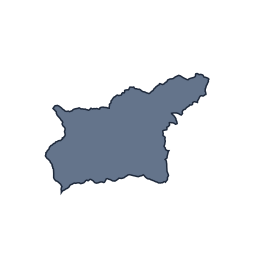 outline of Lingzhi, Thimphu, Bhutan, rotated 228°
{"feature_id": "84629894B27287561268619", "entity_name": "Lingzhi", "entity_type": "district", "adm_level": 2, "iso_a3": "BTN", "parent_name": "Bhutan", "parent_adm1": "Thimphu", "projection": "orthographic", "projection_center": [89.464, 27.839], "detail": "fine", "context": "isolated", "style": "filled", "palette": "slate", "viewbox_px": 256, "rotation_deg": 228, "n_neighbors": 0, "source": "geoboundaries", "source_scale": "gbopen_adm2", "svg_char_len": 5886}
<svg xmlns="http://www.w3.org/2000/svg" viewBox="0 0 256 256"><g transform="rotate(228 128 128)"><path d="M166.3,56.9L165.2,55.1L165.1,52.8L164.5,51.5L164.6,50.5L164.1,50.3L163.7,49.5L163.4,49.3L163.1,49.0L162.6,48.0L161.8,47.7L161.2,47.8L160.5,47.6L159.5,47.5L158.4,47.8L156.0,47.9L155.1,47.8L154.7,47.4L152.6,47.3L151.1,47.0L150.9,46.7L150.8,46.3L150.7,46.2L149.8,46.2L148.4,45.2L147.8,45.4L146.8,44.7L144.1,42.5L140.8,39.5L139.1,39.0L137.0,39.0L136.8,39.3L135.1,39.9L131.6,40.3L131.2,40.3L130.9,40.2L128.5,39.6L128.5,39.0L127.3,37.3L126.0,36.5L124.6,35.2L124.8,35.9L125.1,37.4L124.4,39.5L124.4,40.8L124.2,41.4L123.9,42.0L123.6,44.1L123.8,45.3L124.2,46.0L124.3,46.8L124.1,47.8L123.6,48.8L123.5,49.8L123.0,51.3L122.0,52.0L121.0,53.8L119.8,55.2L118.6,55.4L118.1,56.0L117.8,56.5L116.9,58.5L117.0,60.5L117.2,61.3L116.8,62.6L115.7,62.9L115.3,63.4L115.4,64.8L115.2,65.5L114.2,66.2L113.1,66.4L112.0,66.8L109.9,66.7L109.2,67.0L108.2,67.6L107.2,69.1L107.1,69.6L106.6,70.6L106.5,71.1L105.3,72.7L104.3,73.1L103.7,73.5L103.5,74.0L103.5,74.4L104.1,76.3L104.7,77.7L104.3,78.7L102.3,79.7L101.6,80.3L99.1,81.1L98.5,81.6L97.7,82.6L97.3,82.7L96.9,84.6L96.8,85.8L96.7,86.6L96.8,87.6L94.8,89.5L93.7,91.8L93.6,93.4L93.2,95.3L93.2,96.3L92.5,97.7L91.5,98.5L89.8,99.6L89.0,100.1L88.4,100.6L87.3,101.4L86.3,102.0L84.9,103.1L84.1,105.1L83.5,106.0L83.2,106.9L83.0,108.0L82.0,108.2L79.7,108.1L77.5,108.5L76.7,108.9L75.6,110.0L74.6,110.2L72.8,111.2L72.2,111.4L71.5,111.9L69.7,112.5L68.9,113.1L67.8,113.6L66.8,113.9L65.3,115.5L64.9,116.3L64.2,117.1L64.0,118.9L63.1,119.6L62.7,119.6L63.0,121.1L63.2,122.6L63.4,122.9L64.9,124.3L65.5,126.2L66.5,126.8L67.6,127.2L69.7,128.0L73.2,130.8L75.5,132.8L76.2,133.2L77.7,134.3L78.7,134.6L79.8,134.5L79.8,135.5L79.6,136.4L79.7,137.0L80.1,137.5L80.6,137.9L83.4,142.0L83.8,143.2L84.7,142.2L85.4,141.9L86.4,141.6L87.2,141.7L87.6,141.9L88.1,142.3L89.7,142.4L90.4,142.6L91.3,144.4L91.7,144.9L92.4,145.6L92.9,146.5L93.7,147.2L95.3,148.0L95.4,148.4L96.0,149.2L96.5,149.4L97.3,149.3L98.7,149.0L99.3,149.2L100.0,150.1L100.5,150.6L101.8,151.2L102.6,152.0L102.5,152.5L102.3,153.1L100.8,155.6L100.9,155.9L101.5,156.6L102.6,157.3L102.1,159.0L102.4,160.9L102.6,161.1L103.5,161.6L104.3,162.2L104.3,162.4L102.2,164.5L101.2,165.2L100.1,165.6L99.0,165.8L98.4,167.2L98.4,167.5L100.2,168.6L101.2,168.9L101.8,169.0L102.1,169.3L103.1,169.9L105.9,170.3L108.2,170.1L109.5,170.0L109.8,170.2L108.4,172.3L106.7,174.1L104.9,175.2L103.4,175.6L102.7,175.9L102.0,176.3L102.1,177.4L102.3,178.2L102.5,178.4L103.2,178.7L103.9,179.3L104.3,180.5L104.3,181.1L104.3,181.7L104.1,182.3L103.7,182.8L103.7,183.3L104.0,185.2L103.5,188.4L103.8,188.9L103.9,189.2L102.9,190.2L102.4,191.3L102.5,191.9L103.5,192.9L103.6,193.2L103.4,194.2L103.1,195.0L101.7,195.9L101.4,196.3L101.0,196.4L100.5,196.7L100.7,197.0L101.4,197.5L101.8,198.4L102.2,199.8L103.0,201.6L103.3,202.6L103.3,203.4L102.7,204.4L101.7,205.0L101.4,205.4L101.1,207.8L100.8,208.3L100.9,208.5L101.3,208.8L103.0,209.8L103.6,209.8L105.6,211.9L105.7,212.5L107.0,214.4L107.3,215.3L107.3,215.6L108.2,217.4L108.7,218.8L109.8,219.6L110.2,220.8L111.1,220.8L112.1,220.4L113.9,219.5L114.9,218.6L115.8,218.7L116.3,218.9L117.3,219.0L117.8,218.8L118.7,218.3L119.5,217.6L120.1,216.5L120.8,216.4L122.1,215.9L122.6,215.3L122.9,214.6L122.7,214.1L122.4,214.0L121.3,212.6L121.3,211.6L121.6,210.6L122.9,208.1L123.7,206.3L123.6,205.0L124.4,204.3L128.4,202.7L131.7,201.8L133.2,200.9L134.1,198.0L134.4,196.8L134.5,194.7L135.5,193.0L136.3,192.1L137.1,189.7L137.0,189.2L136.8,188.9L136.4,187.7L136.5,187.0L136.8,186.6L136.8,186.3L136.7,184.1L136.9,183.6L137.1,182.9L138.1,182.2L139.4,181.6L139.8,181.2L139.8,180.9L139.3,180.1L139.3,179.9L139.7,178.7L139.6,178.0L139.8,177.4L139.9,176.2L139.6,175.3L139.8,174.2L139.6,173.1L139.2,172.2L139.1,171.4L139.4,170.1L139.3,167.1L139.7,166.5L141.0,165.8L141.7,165.3L143.5,164.6L145.1,163.4L147.1,162.8L147.7,162.9L149.2,162.4L149.8,161.6L151.0,160.8L151.6,160.5L152.1,159.9L152.6,159.6L153.3,159.4L154.6,159.7L155.3,158.5L155.6,158.3L157.1,156.8L156.7,155.6L156.1,154.4L156.1,153.8L156.6,153.3L157.3,152.4L158.1,151.1L158.1,150.6L157.6,150.1L157.1,149.8L156.7,148.6L156.8,148.4L157.8,147.7L157.8,146.5L157.1,145.6L157.1,144.9L158.3,142.8L159.4,142.3L159.6,142.1L159.8,141.7L159.9,141.1L159.9,139.1L160.2,138.7L160.3,138.3L160.1,136.8L159.7,135.2L159.5,134.7L159.5,133.7L159.2,133.2L158.6,132.8L158.1,132.1L158.1,131.2L158.0,130.0L157.3,129.6L156.1,128.0L155.3,127.3L156.4,126.3L157.5,125.8L159.1,124.3L159.6,123.7L160.1,123.6L161.1,122.2L161.6,121.3L161.7,120.4L161.1,120.0L161.2,119.3L161.5,119.0L163.2,118.0L163.8,117.4L164.1,116.7L164.3,116.4L165.2,115.8L165.8,114.5L166.1,114.2L167.2,113.9L167.6,113.5L167.6,113.0L167.2,112.3L167.2,112.2L167.5,111.0L167.6,110.6L167.8,110.3L168.4,110.2L169.0,109.8L169.9,109.1L170.6,109.0L170.9,108.7L171.0,108.4L171.5,107.7L172.2,107.4L172.8,106.8L173.4,106.1L173.7,105.8L175.5,105.3L175.9,104.7L176.0,104.0L176.4,103.6L176.7,103.0L176.8,102.7L177.1,102.5L178.1,100.5L178.4,99.3L178.2,98.2L178.6,97.0L178.9,96.5L179.2,95.6L179.6,95.3L180.2,95.1L180.6,94.9L181.2,93.7L181.9,93.1L182.4,92.7L183.3,92.5L184.2,92.5L184.8,92.4L185.6,92.0L187.3,92.0L189.9,91.5L190.6,91.3L192.2,90.5L192.4,89.9L192.8,89.5L193.3,88.7L193.3,88.0L193.1,87.4L193.1,86.7L192.8,86.1L192.8,85.4L192.1,85.3L190.1,85.5L189.4,85.4L188.2,85.6L187.2,84.9L186.9,84.6L184.7,83.9L180.3,83.9L178.2,83.5L177.5,83.6L177.1,83.8L175.8,83.2L175.4,82.1L174.9,81.6L173.2,81.1L172.0,81.2L170.6,81.2L170.1,81.0L169.5,80.8L168.5,79.6L168.1,78.7L167.6,78.2L166.9,78.0L165.0,76.8L164.7,76.4L164.3,75.6L164.3,74.5L163.9,73.7L164.4,73.0L164.5,72.4L164.1,72.2L163.9,72.2L163.7,72.0L163.7,71.8L163.8,71.1L163.8,69.6L163.9,69.3L164.5,68.7L165.0,67.9L165.2,67.3L165.2,66.5L165.3,66.2L166.0,65.0L166.0,64.7L165.8,64.1L165.6,63.4L165.7,63.0L166.1,62.6L166.2,62.0L166.1,60.2L166.5,59.0L166.3,57.7L166.3,56.9Z" fill="#64748b" stroke="#1e293b" stroke-width="1.5"/></g></svg>